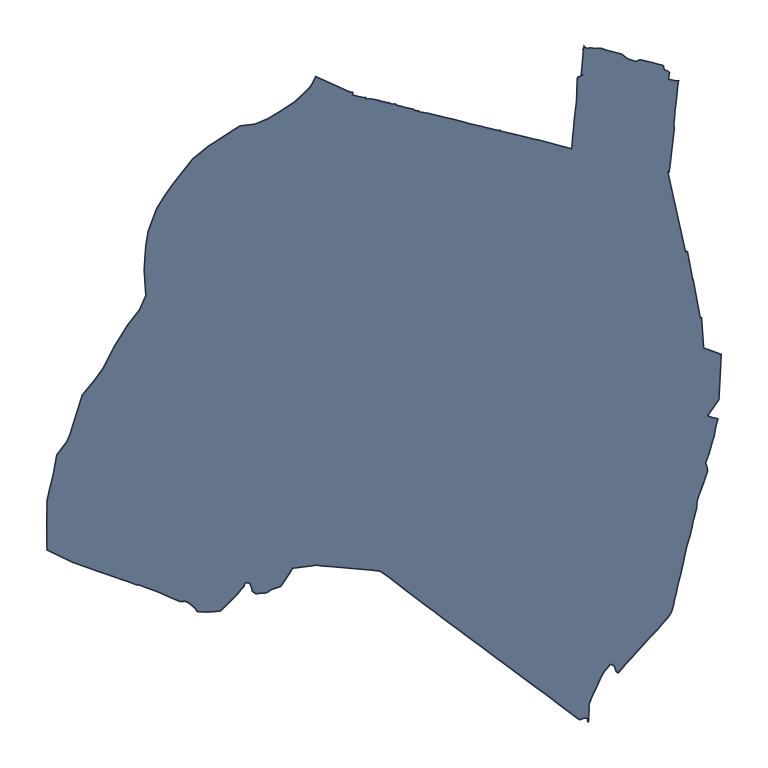 the district of Daeni, Tulcea, Romania
{"feature_id": "2599482B15451384622174", "entity_name": "Daeni", "entity_type": "district", "adm_level": 2, "iso_a3": "ROU", "parent_name": "Romania", "parent_adm1": "Tulcea", "projection": "orthographic", "projection_center": [28.176, 44.832], "detail": "fine", "context": "isolated", "style": "filled", "palette": "slate", "viewbox_px": 768, "rotation_deg": 0, "n_neighbors": 0, "source": "geoboundaries", "source_scale": "gbopen_adm2", "svg_char_len": 5939}
<svg xmlns="http://www.w3.org/2000/svg" viewBox="0 0 768 768"><path d="M47.0,550.0L72.7,562.4L90.3,568.6L97.3,571.2L103.6,573.3L115.3,577.3L122.4,579.9L126.9,581.2L137.0,585.1L138.2,584.8L139.6,585.2L146.9,588.0L153.6,590.3L158.2,592.1L163.0,594.2L165.8,595.5L170.0,597.3L173.2,598.7L179.8,601.5L181.0,601.7L182.6,601.0L183.0,601.7L184.7,601.2L188.4,602.8L190.8,604.6L195.0,608.3L197.1,611.4L198.1,611.8L205.5,612.1L212.2,611.9L217.3,611.3L219.4,611.4L220.8,610.7L231.5,600.2L237.2,594.4L240.1,591.0L241.2,589.2L241.4,589.2L243.8,586.7L244.9,583.5L245.3,583.2L246.0,582.8L246.9,582.6L247.4,583.0L248.9,583.1L249.7,583.4L250.2,584.3L250.6,586.0L251.8,588.2L252.0,589.7L251.9,590.7L253.3,592.2L255.8,593.7L256.4,593.9L260.7,593.2L262.3,593.2L264.4,593.4L265.3,592.8L266.4,592.8L268.9,591.5L269.3,590.8L270.0,590.4L270.4,590.2L271.3,589.7L280.7,586.5L281.0,586.1L283.5,582.5L290.4,572.1L292.5,568.4L293.6,568.2L293.8,568.1L297.2,567.7L297.9,567.7L302.7,567.0L310.1,566.1L316.4,565.2L319.5,565.6L319.9,565.7L321.6,566.0L329.6,566.5L362.7,569.4L371.0,570.1L379.5,571.1L380.8,571.6L389.0,577.3L406.5,590.9L424.3,604.4L431.7,609.9L433.1,610.8L434.0,611.2L436.4,613.3L440.4,616.3L441.2,617.1L450.2,623.8L451.0,624.1L451.1,624.4L475.1,642.2L479.7,645.5L498.8,659.9L499.0,660.1L499.5,660.3L536.9,688.1L544.2,693.2L561.4,706.4L578.4,719.1L579.3,719.6L580.2,719.7L581.0,719.5L582.3,718.8L584.5,718.3L587.3,718.2L587.5,718.3L587.5,721.2L588.2,721.8L588.4,721.9L588.6,721.1L589.1,710.7L589.1,705.9L589.4,703.5L592.4,695.8L596.3,688.0L601.2,676.9L604.6,671.1L610.6,664.2L614.1,665.8L616.2,671.7L618.1,673.0L623.5,666.9L626.0,663.7L632.7,656.7L634.0,655.0L643.7,644.4L650.0,637.3L652.8,634.7L655.3,631.8L657.4,629.9L660.2,626.4L663.2,622.8L667.2,618.5L669.9,614.8L671.1,612.7L672.1,610.4L673.9,603.9L674.0,601.9L676.4,592.6L677.1,589.1L677.8,585.5L678.6,582.5L681.2,572.4L683.5,562.1L684.3,557.9L685.0,554.6L685.3,553.8L685.3,553.2L685.9,550.8L686.8,546.3L687.5,544.4L689.3,538.2L690.0,536.3L690.8,532.8L691.3,530.2L691.7,528.9L692.4,526.0L692.7,523.7L693.4,520.5L695.0,514.8L696.2,510.0L696.8,507.9L696.8,505.7L697.0,504.9L696.9,503.4L697.3,500.5L697.5,500.0L698.9,495.7L699.1,494.8L700.9,490.7L702.4,486.2L703.6,483.2L705.0,478.9L705.7,477.0L707.0,473.2L707.6,471.6L707.6,470.0L707.4,468.3L706.9,466.6L706.4,464.9L705.6,462.6L706.8,460.0L707.6,457.9L708.3,455.6L708.5,455.3L708.6,454.7L708.8,454.2L709.1,453.8L709.5,453.6L709.2,452.8L709.4,452.1L710.9,447.4L712.8,440.3L713.3,439.0L713.9,437.4L714.4,435.4L714.7,433.1L715.9,426.8L716.4,424.6L717.6,420.4L717.9,419.3L717.9,418.7L711.7,417.3L707.7,415.7L719.0,399.5L721.3,354.3L703.7,348.0L701.6,317.6L700.3,317.8L693.2,279.7L692.8,279.7L687.5,251.6L686.0,251.9L685.8,251.0L685.4,251.1L667.9,172.0L668.8,172.2L669.1,172.1L669.2,171.7L670.0,166.4L674.4,128.1L674.4,126.8L674.0,126.5L673.9,126.1L674.0,124.8L674.0,123.1L674.2,120.9L674.5,119.0L674.8,114.7L675.0,110.5L675.9,104.7L677.3,91.3L677.5,88.2L678.3,82.3L678.5,81.2L678.7,80.7L675.3,80.7L668.8,79.3L668.8,78.4L668.8,78.2L668.8,77.8L669.0,76.0L669.4,74.2L669.5,73.3L669.5,72.5L668.3,71.4L667.2,70.8L666.2,70.5L664.5,69.8L664.2,69.1L663.9,68.1L663.7,67.3L663.6,66.0L663.1,65.6L662.6,65.3L661.1,64.8L660.1,64.7L656.7,63.8L653.7,63.0L652.2,62.5L647.2,61.4L644.2,60.6L640.4,59.8L639.5,59.8L639.0,60.0L637.4,60.8L636.4,61.2L635.9,61.3L635.1,61.2L634.3,61.0L631.1,59.9L628.6,59.1L627.9,58.8L627.0,58.3L624.5,56.4L622.8,54.9L622.2,54.4L621.3,54.0L618.6,53.2L616.7,52.8L611.8,51.5L608.9,50.8L604.5,49.5L603.5,49.1L602.8,48.7L600.8,48.2L597.2,48.2L594.6,48.4L591.7,47.9L590.3,47.8L589.1,48.0L587.9,48.2L586.8,48.1L586.2,47.9L585.5,47.5L585.0,47.1L584.5,46.6L584.3,46.4L584.2,46.4L584.0,46.1L583.6,47.7L583.6,48.1L582.8,49.7L583.4,50.1L581.2,74.8L582.3,74.8L582.7,75.1L579.9,76.4L577.9,76.9L577.6,78.6L577.2,78.5L576.4,101.6L574.0,121.6L573.4,129.6L573.1,132.6L572.7,135.0L572.1,143.8L571.6,148.7L570.5,148.4L569.0,148.1L567.1,147.5L562.5,146.4L555.2,144.4L539.6,140.2L537.0,139.6L534.4,139.2L528.3,137.6L522.0,136.1L517.5,135.0L504.7,132.0L499.7,130.8L500.0,130.3L497.4,130.3L496.7,129.9L495.6,129.8L494.9,129.7L494.1,129.4L492.1,129.0L489.0,128.2L486.4,127.7L483.2,126.8L480.5,126.1L475.6,125.1L474.8,124.8L473.5,124.6L471.4,124.1L469.9,123.7L469.9,123.9L466.1,122.6L462.2,121.5L457.9,120.5L454.9,119.6L449.5,118.4L447.3,118.0L446.5,117.7L443.9,117.2L439.7,116.0L435.5,115.1L433.7,114.6L427.1,113.0L424.8,112.9L423.5,112.4L422.9,112.3L421.8,112.2L420.8,112.2L419.0,111.5L418.7,111.2L418.5,110.7L417.8,110.9L417.0,110.8L416.6,110.6L416.1,110.7L415.4,110.7L415.1,110.5L413.7,109.2L413.2,109.2L403.1,106.9L401.4,106.1L400.0,106.0L399.4,106.0L399.3,105.9L399.1,105.7L398.2,105.6L397.8,105.5L396.3,105.1L396.4,104.6L396.3,104.4L396.1,104.3L395.5,104.2L395.3,104.0L394.9,103.9L393.7,103.9L392.9,104.0L392.1,104.1L391.7,104.0L389.7,103.0L388.5,102.9L388.3,102.5L387.8,102.4L387.6,102.7L387.3,102.9L385.9,102.6L385.6,102.1L385.0,101.8L383.8,101.7L382.9,101.5L380.3,101.3L380.1,101.2L379.9,101.0L379.9,100.5L377.8,100.2L376.0,99.8L375.3,99.5L373.1,99.3L372.7,99.2L372.1,98.9L370.3,99.0L369.9,98.8L369.5,98.8L369.0,98.6L368.5,98.7L367.4,98.9L367.1,98.9L366.7,98.8L366.4,98.5L366.1,98.5L365.9,98.4L365.5,97.8L365.6,97.5L365.5,97.4L365.4,97.3L364.7,97.6L363.1,97.5L361.3,97.0L359.4,96.7L356.1,95.8L352.5,94.9L352.9,92.3L351.2,92.1L348.3,91.5L348.4,91.3L344.8,89.7L334.1,84.8L315.7,76.5L312.1,83.8L309.5,87.7L305.4,91.7L298.9,98.0L294.3,102.1L281.1,110.7L268.6,118.3L267.4,118.9L254.7,124.2L240.1,125.8L233.1,130.2L219.6,139.0L216.4,141.1L208.3,146.2L192.6,159.0L171.6,185.7L164.2,196.4L156.9,208.1L156.4,209.1L149.9,226.4L148.1,231.5L145.8,245.2L144.7,260.5L144.2,268.7L144.1,270.2L145.8,295.6L140.7,307.1L139.4,309.9L133.4,317.6L127.5,325.2L114.4,346.2L103.2,368.0L100.0,372.6L94.8,379.8L82.2,395.1L69.8,434.7L66.8,441.6L56.7,455.0L53.1,474.9L49.5,489.2L47.0,500.6L46.9,513.1L46.7,523.9L46.9,546.1L47.0,550.0Z" fill="#64748b" stroke="#1e293b" stroke-width="1.5"/></svg>